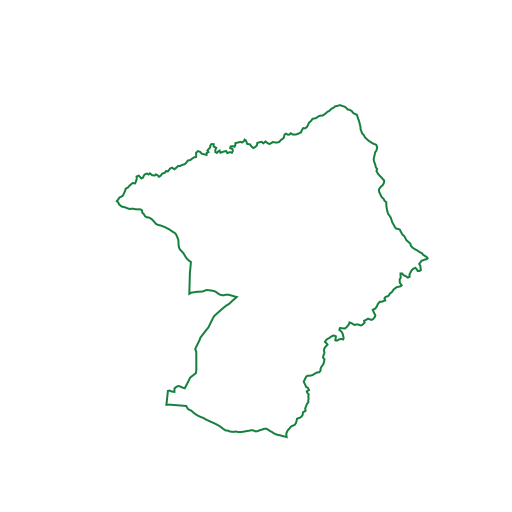 outline of Caarapó, Mato Grosso do Sul, Brazil, rotated 122°
{"feature_id": "56859067B43727288839487", "entity_name": "Caarapó", "entity_type": "district", "adm_level": 2, "iso_a3": "BRA", "parent_name": "Brazil", "parent_adm1": "Mato Grosso do Sul", "projection": "albers", "projection_center": [-54.806, -22.627], "detail": "fine", "context": "isolated", "style": "outline", "palette": "green", "viewbox_px": 512, "rotation_deg": 122, "n_neighbors": 0, "source": "geoboundaries", "source_scale": "gbopen_adm2", "svg_char_len": 6135}
<svg xmlns="http://www.w3.org/2000/svg" viewBox="0 0 512 512"><g transform="rotate(122 256 256)"><path d="M283.7,401.0L284.7,399.7L285.1,397.6L285.2,395.6L284.4,394.1L283.6,390.0L283.1,388.0L282.0,386.8L280.9,385.0L280.3,383.2L279.1,381.0L277.7,378.8L277.8,376.7L279.5,375.5L280.0,373.2L281.1,371.1L281.1,369.2L280.3,367.8L280.0,366.0L280.1,363.5L281.2,359.5L281.8,357.8L281.5,355.3L280.7,353.1L280.3,351.3L279.9,349.0L279.6,346.5L279.4,343.7L279.6,339.6L279.5,337.2L280.0,335.3L282.9,331.1L284.4,329.7L286.1,328.6L288.2,327.1L289.6,325.8L290.7,324.1L292.0,319.3L293.1,317.0L294.3,314.7L294.9,313.2L295.4,310.6L295.6,308.0L305.9,302.8L323.4,292.5L321.3,291.4L319.6,289.3L318.1,287.7L314.9,283.1L313.6,281.8L311.2,280.1L309.7,277.3L308.8,275.2L308.2,273.5L307.7,271.7L307.9,268.1L307.9,266.2L307.2,263.9L306.4,262.5L305.0,261.3L303.4,258.8L301.0,250.6L307.2,252.5L309.7,253.1L311.5,253.7L313.9,255.0L318.6,256.6L326.4,258.9L329.4,259.7L333.5,259.4L341.9,258.5L344.6,258.9L351.9,259.6L354.7,259.9L357.2,259.3L364.3,258.6L367.2,258.2L368.9,255.9L374.9,252.1L384.5,246.1L387.2,244.9L394.0,247.4L398.7,246.9L405.9,246.3L406.5,248.4L407.0,252.1L407.9,253.4L409.3,254.2L411.4,255.0L414.5,253.2L415.7,256.0L415.8,257.7L417.1,259.2L429.7,253.1L427.9,250.6L420.2,235.8L421.7,232.8L421.8,231.1L421.5,229.5L421.6,227.8L422.1,225.4L422.2,223.1L422.2,220.7L421.9,218.2L421.2,214.4L421.2,212.1L420.7,207.6L420.2,204.3L419.8,201.0L419.6,197.8L419.6,195.7L420.0,191.8L420.0,189.1L419.0,187.4L418.7,185.3L418.0,183.6L416.8,181.5L415.6,180.2L414.7,177.8L413.5,175.8L412.1,174.1L410.9,172.7L409.2,170.9L407.6,169.0L406.0,167.4L405.2,165.3L405.0,163.5L404.0,162.1L402.2,160.8L399.9,158.8L398.3,157.6L397.0,155.8L396.9,154.0L397.0,151.4L396.8,149.5L396.9,147.6L396.8,145.7L396.1,142.3L395.2,140.5L394.7,138.2L394.0,136.3L393.3,134.1L392.0,135.2L390.3,136.3L387.3,136.7L384.5,136.2L382.3,136.0L380.7,135.1L378.7,133.7L376.5,133.6L374.0,134.3L372.3,135.0L370.0,133.2L368.3,132.4L366.3,132.2L363.6,133.3L361.1,131.9L359.2,133.5L354.3,134.4L352.3,134.1L351.1,135.0L349.1,135.8L347.2,137.3L345.4,138.0L345.0,139.6L343.9,141.2L341.6,140.0L340.3,142.2L340.5,144.1L339.5,145.4L338.2,147.5L337.1,149.0L335.4,149.1L332.1,149.5L330.4,149.0L328.8,146.7L327.1,145.0L324.2,143.6L322.4,142.5L321.1,140.8L319.1,140.5L317.4,141.5L315.5,141.8L311.9,141.6L309.8,142.2L307.3,143.2L306.6,145.4L304.4,146.2L302.1,146.5L300.0,148.3L298.5,149.0L296.3,149.0L293.3,148.4L292.6,150.1L292.3,152.0L290.2,152.0L288.4,151.4L286.7,150.4L284.2,149.4L282.2,148.0L281.8,145.7L285.5,144.0L284.8,142.4L282.9,141.5L281.2,139.8L280.6,137.9L279.1,138.2L276.2,141.1L274.9,143.2L274.5,146.2L272.5,146.6L271.6,144.5L270.4,142.2L268.7,141.6L266.7,141.2L264.7,141.0L262.8,141.5L262.3,138.7L262.4,136.2L260.1,133.6L259.4,130.3L257.7,129.2L254.9,128.6L253.6,130.0L251.5,128.6L249.8,127.8L249.4,126.0L249.0,124.2L247.4,123.2L244.9,122.9L243.1,123.3L241.0,126.8L239.7,128.5L237.4,127.0L234.9,126.8L232.2,127.2L229.2,126.8L227.9,124.8L226.3,123.9L225.3,122.8L223.8,124.6L222.0,124.4L220.5,123.1L219.0,122.4L217.1,122.6L215.0,121.8L213.2,121.5L211.6,121.6L207.9,120.2L205.2,117.4L203.7,116.9L202.5,119.8L201.2,120.8L199.6,121.8L198.0,121.7L196.7,122.5L194.3,124.2L193.4,123.0L194.1,120.3L193.7,118.0L193.9,115.8L192.2,114.7L190.7,115.9L188.9,116.2L186.1,116.4L184.0,116.1L181.6,114.6L182.0,112.8L183.0,111.0L182.0,109.4L180.4,108.8L179.2,109.9L177.3,111.4L176.2,113.4L172.0,113.0L170.9,111.8L169.5,111.0L168.6,109.8L167.0,109.2L166.4,110.9L166.4,115.0L165.7,116.7L166.0,119.6L165.8,122.2L166.0,124.1L166.0,127.0L165.4,129.9L163.8,131.6L162.8,137.1L161.2,139.6L160.5,141.0L160.4,142.8L158.6,146.2L157.5,147.8L157.6,149.4L158.5,151.7L157.7,153.9L156.6,155.7L155.5,157.9L153.8,160.0L152.3,161.7L151.0,164.3L150.2,166.4L147.3,169.5L145.5,171.1L144.1,172.2L141.4,174.0L141.0,176.4L140.0,177.9L139.6,180.0L138.9,181.7L137.6,183.5L136.4,185.5L134.4,187.0L131.8,187.0L129.2,186.2L127.6,186.1L125.5,186.5L124.0,187.4L123.6,189.2L122.9,191.4L122.4,193.6L121.8,195.5L121.0,197.3L120.1,198.9L118.1,199.3L117.3,201.3L115.8,202.8L114.5,204.3L113.2,206.1L111.4,207.6L104.8,209.9L102.9,209.7L99.5,210.9L98.0,213.0L98.7,216.9L98.6,218.9L98.6,221.2L98.2,223.9L97.5,226.7L96.4,228.6L95.7,231.2L94.4,232.7L93.1,234.5L91.4,235.6L87.9,239.1L82.7,245.4L83.2,247.7L83.1,249.8L82.3,251.7L82.5,254.4L83.2,255.9L82.5,258.2L82.4,260.1L83.1,262.3L83.4,264.4L84.5,265.6L86.0,267.0L87.0,268.1L88.9,268.7L91.2,270.0L94.3,270.8L95.8,271.8L98.2,272.5L100.2,273.3L101.7,274.0L103.0,276.0L105.0,277.3L107.3,278.2L109.8,280.8L111.3,280.8L112.9,281.1L115.0,281.7L117.6,281.3L119.9,281.2L121.9,282.2L122.5,283.7L124.0,283.8L125.6,283.7L127.1,283.3L129.2,284.5L131.8,286.5L133.5,289.1L133.5,291.6L135.3,291.9L136.3,293.4L136.3,295.3L137.7,296.1L139.4,295.7L140.9,295.1L142.8,295.6L144.5,296.4L146.9,296.7L148.5,298.1L149.7,300.1L150.4,302.1L151.8,302.7L154.0,304.0L154.1,306.5L153.8,308.6L156.6,309.5L156.2,311.8L158.2,313.8L159.5,314.8L161.5,313.9L163.8,314.3L165.9,315.5L165.4,318.3L164.5,320.1L165.6,322.9L163.4,325.7L163.3,327.3L165.1,327.1L167.2,328.0L167.4,329.6L169.0,331.1L171.1,333.3L172.8,332.4L174.7,332.1L175.2,334.0L176.6,335.6L178.3,334.9L177.6,332.8L179.0,331.4L181.2,331.1L181.9,333.4L183.9,334.8L182.8,337.0L184.8,338.9L187.3,340.9L185.9,342.7L187.8,343.6L189.3,343.8L189.4,345.6L187.6,346.7L185.3,347.1L185.6,349.9L183.6,351.2L184.7,353.1L186.5,353.3L188.2,352.4L190.3,352.8L192.3,353.1L193.0,351.4L194.7,352.4L196.5,351.5L198.0,356.2L197.3,358.6L197.8,360.8L200.2,361.5L201.9,360.3L203.8,359.3L205.1,360.7L207.1,361.7L209.3,362.5L211.2,364.4L214.1,364.6L216.1,365.2L217.9,366.9L219.9,368.1L220.9,369.7L222.9,370.2L225.7,371.2L225.6,374.1L227.3,375.2L231.1,375.6L231.6,377.3L233.6,377.4L235.8,379.2L238.5,379.4L240.2,380.2L239.7,382.4L239.9,384.2L241.4,384.5L242.6,387.0L242.1,389.8L243.8,390.3L243.9,392.2L245.8,393.6L247.7,393.7L249.3,393.3L251.0,394.4L250.4,396.4L250.0,398.1L251.9,399.4L253.6,398.1L256.6,397.3L258.5,397.0L259.5,399.3L263.1,400.5L265.8,400.9L268.0,402.2L269.7,401.6L271.7,401.3L275.4,400.9L277.0,401.7L278.8,402.8L281.2,402.8L283.2,403.2L283.7,401.0Z" fill="none" stroke="#15803d" stroke-width="2"/></g></svg>